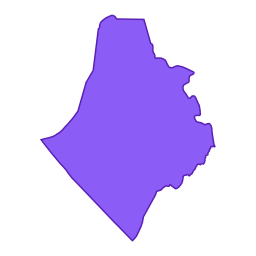 the district of Preah Vihear, Preah Vihéar, Cambodia
{"feature_id": "14789045B58116618058730", "entity_name": "Preah Vihear", "entity_type": "district", "adm_level": 2, "iso_a3": "KHM", "parent_name": "Cambodia", "parent_adm1": "Preah Vihéar", "projection": "equal_earth", "projection_center": [105.027, 13.736], "detail": "fine", "context": "isolated", "style": "filled", "palette": "violet", "viewbox_px": 256, "rotation_deg": 0, "n_neighbors": 0, "source": "geoboundaries", "source_scale": "gbopen_adm2", "svg_char_len": 4212}
<svg xmlns="http://www.w3.org/2000/svg" viewBox="0 0 256 256"><path d="M132.3,240.6L133.5,239.7L135.1,237.8L136.1,236.6L137.0,235.1L137.7,233.5L138.4,232.0L139.3,230.1L140.2,228.3L141.1,226.3L141.6,224.6L142.4,222.4L142.7,220.6L143.1,218.5L143.4,216.8L155.4,195.0L155.7,194.2L156.1,192.9L156.3,192.3L156.5,191.8L156.9,191.2L158.2,190.9L158.6,190.8L159.1,190.6L159.6,190.4L160.6,190.2L161.0,189.9L161.6,189.4L161.9,189.0L162.4,188.6L162.8,188.0L163.3,187.5L164.0,187.2L165.0,186.5L165.5,186.1L166.2,185.8L167.2,186.1L168.1,186.3L168.9,186.1L169.3,186.1L169.6,185.6L169.9,184.7L170.4,184.5L171.0,185.2L171.7,185.9L172.3,186.3L173.1,187.0L173.7,187.4L174.4,187.8L175.0,188.5L175.5,188.7L176.4,188.5L176.9,188.4L177.7,187.8L178.3,187.3L178.8,187.0L179.5,186.1L180.4,185.2L180.7,184.8L181.2,183.9L181.6,183.5L181.8,182.9L182.2,181.9L182.5,181.2L182.6,180.5L182.7,179.7L182.9,178.6L183.1,177.3L183.4,176.0L184.1,175.5L184.9,175.3L185.6,175.2L186.3,175.1L187.2,174.5L188.0,174.8L188.8,175.7L189.3,175.8L189.9,175.4L190.4,174.8L190.8,174.3L191.5,174.0L192.1,173.5L192.6,172.4L193.2,171.2L193.8,170.4L194.6,169.6L195.2,168.7L195.6,167.7L195.9,166.8L196.8,165.6L197.2,164.8L198.0,164.1L198.9,164.2L199.7,164.5L200.5,164.7L201.0,164.2L201.8,163.6L202.5,163.7L203.4,164.0L203.8,163.4L204.1,163.0L204.5,162.5L204.5,161.5L204.8,161.0L205.0,160.4L204.9,159.7L205.0,158.8L205.4,157.7L205.7,157.3L205.6,156.7L205.6,156.2L205.8,155.7L206.3,155.2L207.3,155.1L207.9,154.6L207.9,153.3L208.3,152.2L209.1,151.4L209.4,150.8L209.4,149.8L209.6,149.1L210.0,149.0L210.5,148.6L210.5,147.8L210.7,147.0L211.0,146.6L211.6,146.5L212.3,146.7L212.7,146.3L213.5,146.4L214.3,146.8L214.9,146.4L214.2,144.9L213.9,144.1L213.6,142.2L213.4,140.9L213.2,139.7L212.9,137.9L212.7,136.7L212.5,135.4L212.3,134.1L212.1,132.4L211.9,131.1L211.8,129.9L211.9,129.2L211.7,128.0L211.2,126.4L210.9,125.4L210.2,124.4L209.6,123.8L209.0,123.5L207.9,123.7L207.1,123.8L206.6,124.0L205.9,124.3L205.3,124.6L204.7,124.7L203.5,124.0L202.4,123.3L200.8,122.7L198.4,122.2L197.1,122.0L196.3,121.3L195.6,120.2L195.3,119.7L194.7,118.5L194.5,117.9L194.3,116.7L195.0,116.0L195.8,115.6L196.7,115.4L197.5,115.2L198.2,115.3L198.9,115.5L199.5,115.4L200.0,115.0L200.3,114.7L200.3,113.5L200.1,112.0L200.1,110.9L200.0,110.0L199.9,109.4L199.8,108.7L199.5,107.8L199.5,107.2L199.4,105.9L199.2,105.4L198.9,104.8L198.6,104.3L198.1,103.3L197.6,102.2L197.2,101.0L196.6,99.9L195.6,97.6L195.0,96.7L194.2,96.0L193.4,95.9L192.5,96.0L191.6,96.4L191.2,97.0L190.7,97.7L190.2,98.1L189.6,98.3L188.9,98.2L188.3,97.8L188.0,97.3L187.6,96.7L187.2,96.0L186.9,95.5L186.6,94.9L186.1,94.3L185.7,93.7L185.4,93.2L184.7,92.4L184.1,91.6L183.8,90.9L183.4,90.3L183.2,89.6L183.0,88.6L182.9,87.5L183.1,86.4L183.5,85.4L184.0,84.8L184.6,84.4L185.5,83.9L186.1,83.6L186.7,83.1L187.4,82.8L188.0,82.6L188.6,82.2L188.9,81.7L189.1,80.9L189.0,79.8L189.0,78.8L189.1,78.0L189.2,77.3L189.5,76.5L189.9,75.9L190.3,75.6L190.9,75.1L192.1,74.7L193.1,74.2L193.5,73.8L193.8,73.3L194.0,72.8L193.5,72.0L192.6,71.5L191.9,71.2L191.0,70.9L190.6,70.6L189.7,70.1L188.4,69.5L187.1,68.9L185.9,68.4L184.9,67.9L183.5,67.3L182.0,66.8L181.0,66.5L180.0,66.3L178.4,65.9L176.8,65.9L175.9,66.2L174.3,66.7L173.1,67.6L171.8,67.7L170.3,67.6L169.5,67.5L169.0,67.0L168.4,66.2L167.8,65.2L167.4,64.3L166.7,63.1L166.3,61.9L165.8,61.1L165.1,60.0L164.1,59.4L162.8,58.7L161.5,58.2L160.5,58.1L159.2,58.0L158.0,58.0L156.9,58.0L155.9,58.3L155.1,58.0L155.0,57.2L154.9,56.2L154.7,55.2L154.5,54.3L154.1,53.6L153.5,52.8L153.1,51.8L152.9,50.4L152.8,48.8L152.9,47.0L152.7,45.3L152.0,44.1L151.2,43.7L150.7,43.4L143.9,19.4L116.5,19.0L115.7,17.4L114.3,16.1L113.0,15.5L111.6,15.4L110.1,16.0L108.5,16.8L106.5,17.6L104.6,18.9L103.4,19.8L102.2,20.8L101.1,21.9L100.3,23.4L99.9,24.4L99.7,25.2L99.6,25.9L99.6,26.8L99.5,27.4L99.2,28.3L98.4,28.8L93.2,70.5L86.2,82.3L78.0,111.0L75.0,115.3L72.0,119.2L69.9,121.6L67.7,124.2L65.4,126.5L62.5,129.9L59.5,132.6L56.9,134.1L54.9,135.6L52.2,136.8L50.3,137.3L48.6,137.9L47.1,138.1L46.0,138.5L44.4,138.8L42.6,139.3L41.1,139.7L41.9,140.7L43.5,142.9L47.5,148.0L50.7,152.1L55.3,157.6L59.3,162.5L63.1,166.6L65.7,169.5L66.5,170.6L68.5,173.5L72.2,178.2L78.2,184.3L114.3,222.2L118.2,226.1L132.3,240.6Z" fill="#8b5cf6" stroke="#5b21b6" stroke-width="1.5"/></svg>